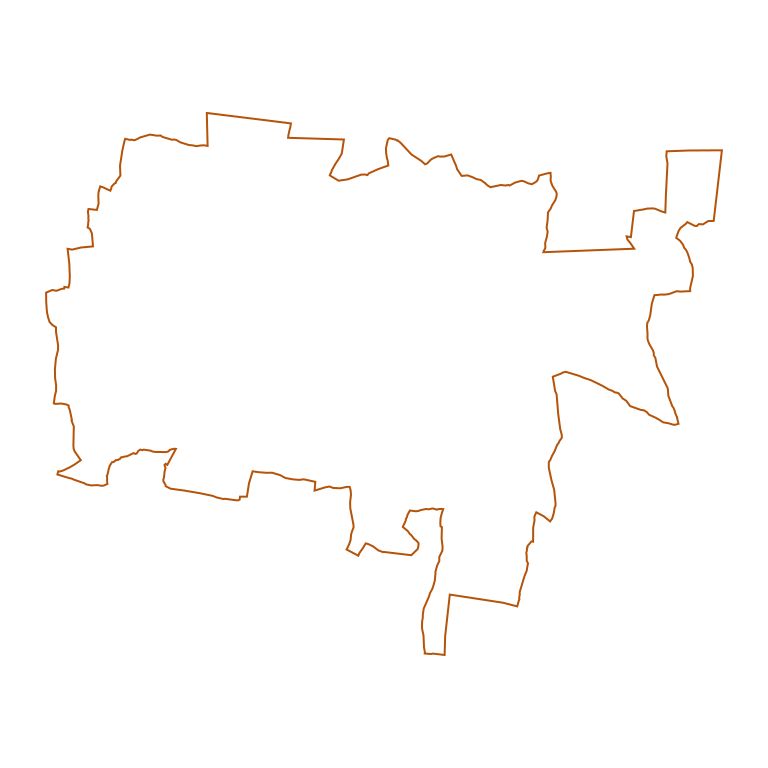 outline of Calotmul, Yucatán, Mexico
{"feature_id": "50627088B16225885503466", "entity_name": "Calotmul", "entity_type": "district", "adm_level": 2, "iso_a3": "MEX", "parent_name": "Mexico", "parent_adm1": "Yucatán", "projection": "natural_earth1", "projection_center": [-88.115, 20.998], "detail": "fine", "context": "isolated", "style": "outline", "palette": "amber", "viewbox_px": 768, "rotation_deg": 0, "n_neighbors": 0, "source": "geoboundaries", "source_scale": "gbopen_adm2", "svg_char_len": 6055}
<svg xmlns="http://www.w3.org/2000/svg" viewBox="0 0 768 768"><path d="M165.7,486.2L170.6,488.7L183.9,490.5L199.3,493.1L212.8,495.9L216.8,497.5L223.3,499.0L225.0,498.8L237.1,500.4L238.4,500.2L239.6,499.7L240.0,496.7L246.9,496.7L249.0,483.3L252.6,471.3L258.7,472.2L266.8,472.8L272.0,472.7L280.1,475.1L285.4,478.0L292.5,479.3L299.1,479.9L303.7,479.3L315.3,481.8L314.6,490.6L325.0,487.4L329.4,486.5L333.0,487.9L340.2,488.3L347.1,486.8L349.7,486.9L350.6,490.1L351.0,494.6L350.1,502.3L350.3,508.4L353.4,524.4L353.6,527.4L352.4,530.3L351.1,534.4L350.6,539.9L350.1,541.5L349.1,544.4L346.6,549.5L358.3,555.7L359.6,552.7L362.9,548.1L365.7,543.4L368.3,544.1L373.0,546.3L378.2,550.3L382.9,552.1L383.5,551.9L411.3,555.2L417.6,549.1L418.1,547.6L418.6,544.0L418.4,542.8L415.6,539.9L414.2,539.0L411.0,534.8L410.0,534.2L407.8,531.1L402.8,526.9L405.5,521.2L406.0,519.0L407.0,516.8L407.5,514.9L409.9,510.5L416.1,511.3L418.6,510.9L420.6,510.1L426.0,509.0L428.8,509.3L432.1,508.5L433.4,508.6L437.0,509.7L437.8,509.2L441.0,508.9L443.2,509.1L441.9,512.9L440.6,518.0L440.3,523.0L440.5,526.3L441.9,527.1L441.6,538.5L442.6,546.9L442.4,550.6L439.3,556.9L439.3,561.0L437.2,565.4L435.4,571.9L435.5,573.0L434.8,580.7L433.1,586.6L432.3,588.9L429.7,593.7L429.4,595.4L428.5,597.6L423.7,608.6L422.8,614.9L422.8,617.6L422.1,621.6L422.0,627.3L422.3,630.0L423.5,635.4L424.0,647.3L424.9,652.3L424.7,653.5L430.6,654.0L433.0,653.6L444.6,655.0L445.2,635.7L449.8,594.6L502.9,602.7L517.2,606.4L518.9,600.4L519.4,599.6L519.2,597.7L519.8,594.1L519.6,592.4L524.5,576.1L526.7,570.7L527.6,565.1L528.1,563.6L526.7,560.7L526.7,555.8L526.3,552.9L526.9,550.4L526.9,548.1L527.5,547.6L527.4,546.2L531.5,541.4L533.1,541.7L533.2,527.5L534.5,520.6L534.4,516.5L536.3,512.3L543.8,516.3L550.1,521.4L552.2,518.5L553.9,512.5L554.6,507.7L555.5,505.8L555.6,504.0L554.2,489.9L551.5,480.3L548.8,467.8L548.8,462.0L550.3,459.9L552.1,455.7L554.5,451.4L557.4,444.4L558.2,443.7L559.5,441.0L561.8,437.8L561.8,435.0L560.2,429.0L558.2,413.9L556.6,394.4L555.1,390.9L552.8,376.7L560.6,373.8L562.7,372.6L565.7,371.8L578.7,375.7L584.6,378.1L590.7,380.1L602.6,385.9L608.5,389.4L612.3,390.8L614.9,392.4L616.6,392.6L618.7,393.4L622.6,398.4L626.3,400.8L630.2,406.1L640.8,409.9L643.9,410.3L646.9,412.2L649.2,414.8L656.5,418.1L657.6,419.0L658.7,419.4L663.1,422.3L669.1,423.4L672.8,424.6L675.1,424.8L678.5,423.8L676.9,417.0L675.5,413.8L674.4,409.9L673.2,407.3L672.3,406.3L668.3,395.6L667.9,389.3L667.6,388.0L657.0,366.5L655.4,358.0L653.8,355.3L653.7,352.4L652.7,349.9L649.1,343.7L647.8,340.3L647.5,338.4L647.5,333.4L647.0,326.8L647.2,323.7L647.7,322.0L648.5,321.0L649.2,319.0L650.2,315.4L651.8,303.8L654.4,295.2L661.8,294.5L663.8,294.7L668.8,294.1L676.8,291.2L680.7,291.6L690.2,291.1L690.1,288.2L692.9,276.1L692.7,267.9L691.9,264.6L690.1,261.6L689.4,258.4L687.6,253.1L686.1,250.0L684.1,247.7L683.1,244.8L680.1,240.8L676.2,237.8L678.5,231.2L680.4,228.0L686.1,223.6L687.3,222.1L694.8,225.9L696.8,226.0L698.9,224.1L702.9,224.4L708.1,221.1L713.7,220.9L721.9,150.3L688.8,150.5L666.7,151.3L666.3,156.3L667.5,163.3L665.9,195.1L665.3,212.5L661.8,211.5L655.3,208.8L653.3,208.4L646.9,208.6L644.2,209.3L634.0,211.0L630.9,237.1L626.6,236.4L627.5,239.7L630.3,243.0L634.2,248.7L543.4,252.2L543.7,250.9L545.2,248.4L545.4,246.3L545.1,243.8L545.8,240.4L546.7,237.6L547.5,233.0L547.6,231.3L546.6,227.8L547.6,220.3L548.0,212.4L550.7,208.5L551.9,205.6L555.4,200.0L556.6,196.0L556.7,193.5L556.1,191.7L552.3,185.6L550.8,181.3L550.6,180.2L550.8,176.4L550.5,172.8L547.0,173.4L539.0,175.6L538.1,178.8L537.2,180.7L535.6,182.1L531.9,184.2L528.4,183.4L523.9,181.3L521.5,180.8L515.3,182.5L509.6,185.5L508.2,185.0L505.5,185.5L500.8,185.0L490.4,187.2L487.4,185.3L485.0,183.0L480.6,179.9L476.8,179.2L472.5,177.2L467.8,175.4L461.7,175.9L457.1,169.2L456.2,166.1L451.2,154.5L444.4,156.5L440.1,156.6L438.2,156.2L436.9,156.6L432.7,158.5L431.0,159.5L427.1,163.5L425.1,164.3L421.3,160.9L411.5,154.5L400.6,142.8L397.5,140.3L397.1,140.6L395.5,139.6L389.3,138.2L388.0,139.7L387.6,140.6L385.9,148.5L386.2,153.5L387.0,158.5L387.6,160.1L388.3,165.5L378.2,169.1L368.9,173.3L367.4,175.1L365.1,174.5L361.3,174.6L347.6,179.4L338.6,180.7L329.8,175.4L330.5,173.5L331.1,172.9L331.7,170.5L335.4,163.9L338.5,159.3L341.6,153.9L342.1,151.5L343.9,139.5L288.1,137.8L288.4,135.3L289.5,130.0L290.4,126.9L290.9,123.4L206.8,113.0L207.6,145.9L203.9,145.3L200.3,145.5L196.4,146.2L192.9,145.4L188.9,145.0L180.5,142.4L176.3,140.0L174.3,139.5L172.1,139.7L171.1,139.5L162.7,137.0L160.6,135.5L157.0,135.7L149.9,134.6L140.3,137.4L135.0,140.1L133.2,140.1L131.2,139.6L129.9,139.9L125.2,138.8L124.3,141.8L122.4,150.2L120.0,165.7L120.4,175.6L116.5,180.9L115.9,181.9L115.8,182.9L114.5,183.5L111.6,186.6L111.1,189.1L110.3,190.7L103.0,187.3L100.2,186.4L98.6,191.9L98.3,195.6L98.6,203.5L96.9,209.9L88.5,209.0L87.9,211.6L88.5,216.3L88.3,218.1L88.6,220.8L88.2,222.1L88.2,224.2L87.6,227.5L89.9,228.9L91.9,233.4L93.0,246.4L81.1,247.5L72.2,249.6L67.6,248.8L69.3,263.6L69.8,276.5L69.5,283.2L68.5,287.5L64.4,286.9L64.2,288.6L61.9,288.8L56.4,290.8L52.3,290.0L46.1,292.6L46.2,301.7L46.7,309.0L47.1,312.9L48.1,317.4L49.6,322.0L52.3,324.9L56.0,327.3L56.0,331.9L58.1,345.4L58.0,350.0L55.9,358.7L54.9,369.5L55.1,378.3L56.1,385.0L56.1,391.0L54.9,395.6L53.8,403.4L55.6,403.9L61.1,403.5L66.5,404.5L68.6,405.5L68.7,407.5L69.3,408.6L70.0,410.9L71.9,420.0L71.5,420.5L73.8,426.4L73.4,445.6L73.6,448.5L74.6,451.3L80.8,460.2L74.1,464.8L69.2,467.6L63.1,470.5L59.4,471.6L58.2,471.3L57.4,474.5L69.9,478.3L71.8,478.6L73.2,479.4L84.5,483.3L85.9,484.3L91.0,485.4L97.2,485.1L101.8,485.8L103.9,485.5L107.4,484.0L107.1,481.8L107.1,477.2L106.8,476.0L107.4,474.9L108.8,468.8L109.8,465.7L112.0,462.2L113.6,462.0L116.0,460.1L117.7,460.0L120.0,458.8L121.3,457.2L122.7,457.2L123.9,456.7L127.2,456.2L133.6,453.1L135.2,453.9L136.7,453.5L138.2,451.0L140.3,449.6L142.5,450.2L143.7,449.6L150.9,450.7L152.5,451.5L155.1,451.9L165.6,452.1L168.0,451.6L170.1,449.7L174.1,448.7L175.9,448.9L167.3,464.9L165.6,463.8L164.5,465.0L165.5,468.1L164.6,471.4L164.0,477.5L163.3,479.6L163.4,481.3L165.6,485.0L165.7,486.2Z" fill="none" stroke="#b45309" stroke-width="2"/></svg>